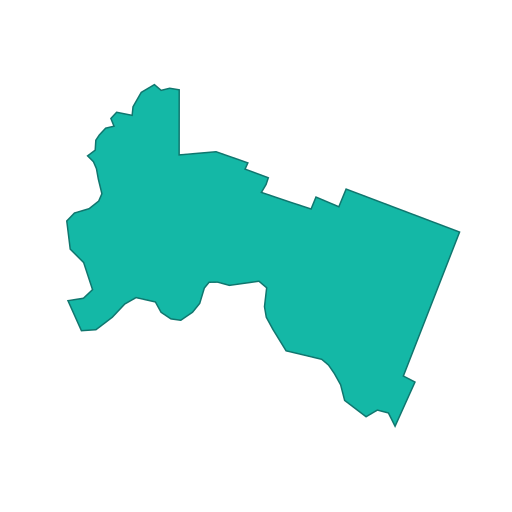 Dona Francisca, Rio Grande do Sul, Brazil, rotated 110°
{"feature_id": "56859067B48007272498285", "entity_name": "Dona Francisca", "entity_type": "district", "adm_level": 2, "iso_a3": "BRA", "parent_name": "Brazil", "parent_adm1": "Rio Grande do Sul", "projection": "orthographic", "projection_center": [-53.341, -29.561], "detail": "fine", "context": "isolated", "style": "filled", "palette": "teal", "viewbox_px": 512, "rotation_deg": 110, "n_neighbors": 0, "source": "geoboundaries", "source_scale": "gbopen_adm2", "svg_char_len": 1062}
<svg xmlns="http://www.w3.org/2000/svg" viewBox="0 0 512 512"><g transform="rotate(110 256 256)"><path d="M368.4,67.1L320.1,63.5L318.4,76.5L233.0,74.5L163.9,72.9L162.3,194.2L181.4,195.0L180.1,219.8L193.0,220.3L193.7,241.8L194.4,272.7L185.3,271.0L178.3,271.2L178.1,296.0L171.3,295.5L171.7,329.2L187.3,362.8L126.1,385.0L127.9,394.5L132.8,401.8L129.7,410.1L141.5,419.8L157.8,422.6L166.2,420.5L168.6,436.1L176.4,439.4L182.6,433.8L187.3,441.0L195.8,444.6L202.0,446.1L211.5,443.3L219.5,448.5L223.0,441.0L228.5,435.8L237.6,430.5L250.2,422.1L258.2,422.6L268.6,429.0L277.7,441.3L287.8,445.8L313.1,432.9L321.1,415.7L343.5,398.1L354.7,403.7L362.3,417.4L385.9,394.5L380.0,381.2L362.7,370.1L346.0,362.9L336.1,354.5L333.6,334.8L341.4,325.9L344.2,314.4L342.1,304.7L330.5,296.4L319.8,292.7L303.8,293.6L296.7,291.1L293.7,283.2L292.7,271.0L278.7,244.6L282.2,235.1L300.7,230.7L310.0,225.4L319.1,215.1L334.8,195.3L330.6,158.9L333.7,150.5L339.7,142.1L348.1,132.4L361.4,123.3L369.4,97.6L359.3,89.3L358.2,77.9L368.4,67.1Z" fill="#14b8a6" stroke="#0f766e" stroke-width="1.5"/></g></svg>